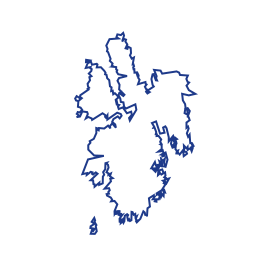 outline of Bø nor, Nordland, Norway, rotated 337°
{"feature_id": "86288312B44209185687579", "entity_name": "Bø nor", "entity_type": "district", "adm_level": 2, "iso_a3": "NOR", "parent_name": "Norway", "parent_adm1": "Nordland", "projection": "mercator", "projection_center": [14.6, 68.718], "detail": "fine", "context": "isolated", "style": "outline", "palette": "blue", "viewbox_px": 256, "rotation_deg": 337, "n_neighbors": 0, "source": "geoboundaries", "source_scale": "gbopen_adm2", "svg_char_len": 5883}
<svg xmlns="http://www.w3.org/2000/svg" viewBox="0 0 256 256"><g transform="rotate(337 128 128)"><path d="M190.7,133.0L188.7,132.9L189.5,134.6L188.2,139.3L185.9,136.4L189.0,131.5L189.9,128.3L189.3,124.0L191.2,117.7L196.7,121.7L203.3,122.9L198.8,116.9L198.4,111.9L202.0,110.0L200.9,108.9L200.9,105.6L203.6,103.1L196.6,99.5L196.7,97.0L194.8,94.9L180.7,91.3L180.4,87.9L174.7,84.7L174.6,91.5L173.3,93.1L173.3,95.6L172.3,95.0L172.6,88.4L171.6,88.2L168.7,92.1L167.5,97.9L167.9,99.9L161.7,101.0L160.8,102.0L161.9,103.4L159.4,103.8L158.8,101.6L161.5,100.1L160.0,100.3L159.7,96.6L162.1,95.2L161.5,94.2L162.0,92.5L154.3,91.6L157.5,88.1L157.0,85.8L158.3,83.8L158.2,81.5L157.2,82.5L157.4,80.1L155.6,79.6L156.8,76.3L156.1,76.1L156.5,74.1L157.7,73.5L157.9,71.6L157.1,71.4L161.0,65.4L158.5,65.6L158.2,61.9L160.0,60.3L161.7,55.5L159.8,53.1L158.4,54.9L156.9,53.7L160.0,50.8L159.4,47.3L160.7,45.9L159.1,44.4L156.4,46.2L160.5,41.3L160.7,38.6L157.8,39.7L154.8,37.7L152.9,39.8L154.3,41.9L145.7,39.0L140.2,43.7L140.1,47.2L138.6,49.2L139.3,50.3L139.0,57.5L137.5,59.1L139.0,62.6L137.6,64.1L138.5,65.4L137.5,65.4L140.9,67.3L140.0,69.5L140.7,70.6L139.5,71.8L140.0,74.7L147.4,79.8L139.2,78.5L136.8,80.4L137.1,84.9L134.9,89.0L137.7,96.0L136.2,96.7L134.7,94.2L135.7,92.2L133.8,92.2L132.1,94.1L132.4,97.9L131.6,101.2L133.8,102.6L132.7,107.0L133.9,109.3L144.0,109.1L142.8,114.5L132.6,121.9L132.9,119.2L136.7,117.3L137.3,114.2L132.8,114.0L131.2,107.0L126.9,106.9L127.1,104.4L128.8,103.4L127.5,102.6L128.0,99.7L127.1,100.5L127.7,97.2L130.7,96.3L131.0,94.4L129.5,90.8L127.6,91.2L128.5,87.7L126.9,87.5L128.7,84.2L127.7,82.6L129.4,76.6L128.3,74.1L129.0,70.6L127.9,69.6L128.9,68.3L128.5,66.1L126.8,61.5L122.9,60.0L124.7,57.6L124.3,56.7L119.6,55.7L119.8,52.0L116.7,52.8L119.8,51.2L116.1,48.9L115.1,50.9L117.5,51.3L112.6,56.2L117.4,57.3L116.7,58.3L117.6,59.6L116.5,61.2L113.2,62.6L114.6,66.0L112.3,66.1L111.7,69.2L108.1,71.5L107.4,74.3L107.9,75.8L106.2,76.2L106.6,77.2L96.9,79.2L95.9,80.6L97.1,82.5L94.2,83.4L95.5,81.9L93.2,78.6L90.9,80.2L90.9,82.3L92.8,83.9L90.2,88.9L92.3,90.7L92.9,93.4L89.5,94.8L87.3,93.2L87.9,94.2L86.4,95.0L88.0,97.7L84.9,97.9L88.3,98.7L92.4,94.9L96.6,97.4L96.5,99.4L93.0,102.7L95.7,102.3L98.3,105.0L98.1,106.5L110.3,104.5L112.2,107.4L111.3,108.7L111.7,109.9L114.0,108.3L112.3,112.2L124.0,109.7L126.8,112.3L126.9,114.2L124.1,115.9L123.1,113.3L118.1,114.1L115.8,116.2L117.6,119.7L117.0,123.0L115.2,117.6L112.1,119.2L111.6,121.5L110.6,118.0L105.9,119.2L101.3,116.7L100.1,118.7L99.3,117.7L100.0,116.6L98.8,115.6L96.9,120.3L92.3,124.6L87.6,125.2L87.6,126.9L84.7,128.3L83.0,132.4L86.1,140.1L94.9,144.2L78.9,141.3L68.0,152.6L72.6,153.5L71.7,155.1L76.6,153.8L78.0,155.0L77.0,156.1L77.7,157.2L81.0,156.3L82.1,158.2L73.2,161.5L75.4,162.6L74.3,166.1L75.2,166.8L74.3,169.0L80.3,167.1L79.3,169.1L83.1,169.1L85.9,162.9L87.8,161.7L87.9,158.9L90.9,157.1L93.5,151.6L95.1,151.8L94.4,152.2L95.2,154.1L94.6,156.9L90.9,160.4L92.3,162.1L91.6,163.5L94.4,163.2L92.5,165.4L94.3,168.2L91.8,167.9L91.5,170.4L82.8,174.7L87.0,176.0L86.9,178.1L84.8,179.3L84.8,181.0L82.5,180.5L82.3,182.0L85.0,185.3L85.4,187.8L83.8,188.9L87.1,189.9L88.3,194.1L83.1,199.3L82.1,201.9L83.6,200.9L83.4,203.3L84.7,200.2L86.1,200.5L85.7,202.7L88.3,200.6L85.6,204.3L86.6,205.7L88.5,203.5L87.2,205.8L88.7,205.8L84.8,208.2L83.4,211.8L86.6,208.9L84.3,212.7L86.8,211.9L86.8,213.5L87.5,212.9L87.0,210.2L88.8,209.5L88.0,210.7L88.6,211.6L90.8,207.5L93.5,207.0L94.1,208.2L92.6,209.4L92.0,212.9L92.8,212.9L91.9,214.2L93.4,212.7L93.6,214.4L95.1,214.2L98.5,206.6L99.3,207.2L99.3,210.1L101.1,209.9L100.0,213.2L101.5,212.8L99.7,214.7L99.6,216.3L100.4,216.6L99.0,217.0L99.2,218.3L103.9,216.4L109.6,210.7L110.4,212.3L109.9,214.7L111.2,215.5L110.9,216.8L114.6,209.5L117.5,208.9L119.8,200.9L125.4,200.0L124.9,201.0L125.9,201.5L123.0,203.3L126.1,204.7L124.1,206.0L125.4,206.9L126.3,204.7L128.5,205.7L131.0,202.6L130.4,202.1L130.9,200.9L129.5,200.8L130.5,200.2L128.5,200.6L128.8,199.4L133.7,198.6L131.7,204.2L133.6,202.6L134.2,204.5L135.9,201.0L136.9,201.8L137.1,199.0L135.6,199.0L135.5,197.9L140.7,194.3L139.3,192.8L140.4,191.8L139.6,190.2L141.0,190.5L141.7,194.0L146.1,190.5L141.6,190.0L143.3,188.7L142.1,187.5L143.9,186.5L144.8,183.3L139.6,184.0L143.2,183.1L143.3,179.5L139.9,179.2L139.8,182.2L137.2,183.1L139.2,179.3L138.2,177.5L136.2,179.1L135.1,176.4L136.7,177.2L137.4,175.9L133.7,174.2L139.5,169.8L139.0,173.3L141.1,173.6L138.8,175.5L140.1,176.6L139.6,177.7L142.4,175.0L143.7,176.1L144.1,174.2L144.8,175.7L145.5,173.9L143.6,173.9L143.9,170.9L145.3,173.1L146.4,169.4L147.4,171.9L149.9,170.6L147.6,174.1L147.3,175.9L148.2,176.2L146.2,177.4L147.4,178.4L152.0,172.6L153.0,165.2L151.2,165.2L150.4,167.8L148.5,167.6L149.2,166.0L148.3,165.5L150.8,165.1L151.4,160.9L150.4,162.6L146.7,161.6L150.8,160.5L152.3,156.9L151.5,155.8L152.6,155.8L152.2,153.3L154.1,151.5L153.0,147.2L151.2,146.6L152.1,145.2L151.1,144.6L152.4,142.8L152.6,137.9L151.6,137.7L152.6,136.9L152.0,132.8L156.4,132.9L155.3,145.7L159.8,146.6L160.5,141.3L163.0,141.1L163.4,143.3L161.9,152.5L160.3,156.2L166.5,152.9L166.3,156.2L167.6,155.3L168.7,157.3L166.0,157.3L167.0,159.1L166.6,161.2L164.5,163.1L162.7,161.4L165.2,160.1L164.8,155.4L163.9,155.6L161.4,159.3L161.3,163.5L164.7,163.7L163.4,166.0L164.0,168.3L162.6,170.3L163.2,170.6L164.3,168.3L165.3,168.3L164.2,169.6L165.2,172.6L170.0,169.9L168.3,175.7L172.3,174.7L172.4,172.7L170.4,171.8L172.6,166.0L173.8,169.4L173.2,170.2L175.5,168.7L174.6,171.4L179.0,170.8L177.5,172.3L177.5,174.3L179.8,171.7L179.0,170.4L181.3,170.2L181.1,168.1L180.4,168.6L180.6,166.7L179.4,166.3L182.1,158.2L179.9,159.6L180.1,155.9L183.6,152.2L183.8,150.1L181.9,150.7L184.0,145.8L187.8,144.9L188.1,141.8L187.4,140.9L191.5,136.5L190.7,133.0ZM61.8,197.6L57.9,200.2L59.9,203.1L55.2,203.9L54.3,205.4L58.0,207.7L54.9,209.8L55.7,208.9L55.3,207.5L52.4,210.8L56.1,212.5L58.9,210.8L60.0,205.6L61.0,205.0L60.5,201.3L61.6,200.3L61.8,197.6Z" fill="none" stroke="#1e3a8a" stroke-width="2"/></g></svg>